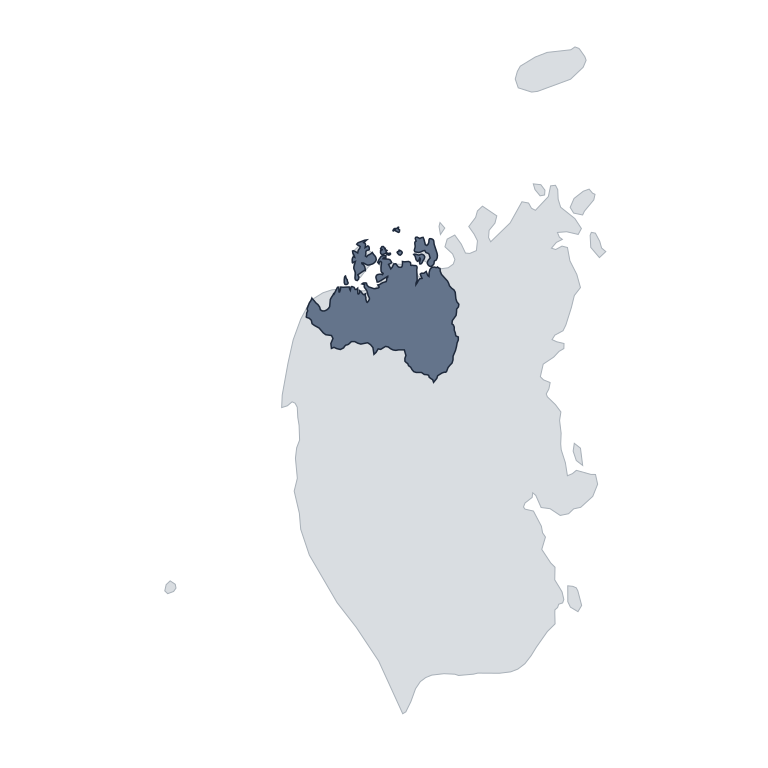 location of South Gyeongsang within South Korea, rotated 178°
{"feature_id": "KOR-2505", "entity_name": "South Gyeongsang", "entity_type": "Province", "adm_level": 1, "iso_a3": "KOR", "parent_name": "South Korea", "parent_adm1": "", "projection": "equal_earth", "projection_center": [128.367, 35.249], "detail": "fine", "context": "in_parent", "style": "filled", "palette": "slate", "viewbox_px": 768, "rotation_deg": 178, "n_neighbors": 0, "source": "natural_earth", "source_scale": "10m", "svg_char_len": 9354}
<svg xmlns="http://www.w3.org/2000/svg" viewBox="0 0 768 768"><g transform="rotate(178 384 384)"><path d="M218.3,154.6L221.1,152.3L221.3,149.0L221.4,138.3L229.4,130.9L240.9,115.7L246.5,107.3L252.9,99.6L260.2,94.4L267.4,91.9L278.7,90.9L300.4,91.8L304.6,90.9L319.7,90.1L323.3,91.5L334.2,92.4L346.4,91.4L352.5,89.2L358.1,85.3L363.1,78.4L368.2,65.7L373.6,55.6L376.8,53.8L399.0,107.3L420.3,141.9L438.5,167.1L464.6,215.7L472.3,241.7L473.1,257.8L477.5,280.1L473.9,292.8L475.1,312.9L473.5,323.3L470.3,330.9L470.3,345.6L471.3,353.4L471.5,363.8L473.5,367.9L476.5,369.4L481.3,365.6L487.1,364.0L486.1,376.5L479.2,408.3L473.2,431.4L465.0,451.6L454.4,470.1L441.8,477.3L432.8,479.9L415.8,480.8L401.6,477.7L389.4,480.0L384.6,483.8L380.9,490.4L383.6,500.7L383.3,508.3L378.1,507.7L367.7,503.3L356.3,502.7L350.9,500.5L345.5,489.7L340.0,490.1L330.4,496.5L315.8,497.9L310.6,501.4L308.8,505.9L310.9,511.6L318.3,519.0L315.8,526.6L308.1,530.4L301.9,521.1L298.0,512.0L293.7,511.5L287.0,514.1L285.6,523.9L288.7,530.6L293.8,538.4L286.6,547.3L284.6,553.7L279.4,558.3L265.4,548.1L267.5,540.9L273.6,533.9L274.4,526.7L272.4,522.4L252.3,540.6L239.8,561.3L233.2,559.8L230.5,554.5L226.6,552.3L213.2,565.6L210.6,576.2L205.7,576.6L203.6,572.2L203.5,562.6L201.3,554.5L187.5,542.7L181.3,532.5L184.7,526.7L196.2,529.8L205.4,529.4L203.6,524.6L200.7,522.3L206.8,519.5L211.9,513.9L207.7,512.4L201.3,515.6L195.9,514.0L193.9,500.6L187.5,486.8L184.3,473.5L190.7,465.8L194.1,453.8L200.2,436.6L203.2,431.0L211.5,426.9L214.5,422.5L210.0,420.2L202.7,418.2L203.0,413.2L207.9,410.5L213.4,405.0L224.2,398.3L227.5,385.8L224.5,382.6L217.9,379.6L219.4,373.3L222.2,368.4L221.2,365.5L213.4,357.4L208.2,349.9L209.8,341.5L208.7,328.7L209.5,317.9L209.2,312.1L205.5,299.0L203.9,285.9L198.9,287.8L194.8,291.0L180.3,286.4L175.8,286.2L174.0,276.4L179.3,264.4L191.7,253.9L198.8,252.6L204.1,247.9L212.5,246.5L222.4,253.6L231.3,255.1L236.2,267.4L239.2,270.1L239.9,265.5L247.2,260.2L248.9,256.2L247.4,254.0L239.1,251.8L231.7,236.4L230.7,229.7L228.0,225.4L232.1,213.2L223.6,199.3L219.5,194.9L220.2,182.3L215.7,174.4L213.3,170.0L211.8,162.4L213.1,159.0L217.1,157.8L218.3,154.6ZM185.6,711.5L181.4,714.2L177.5,712.6L176.5,711.3L171.9,704.2L170.7,700.5L173.9,693.6L186.9,682.1L220.3,671.1L226.3,670.6L239.5,675.3L242.2,684.2L239.8,691.8L236.7,696.9L221.4,705.5L209.4,709.7L185.6,711.5ZM410.8,517.1L402.0,524.7L390.3,514.5L387.5,508.9L396.4,500.7L404.0,491.3L409.0,490.7L410.8,517.1ZM348.2,516.2L347.2,528.2L340.6,528.8L336.8,521.0L332.6,524.8L330.4,524.9L327.2,515.3L326.6,507.8L334.3,502.0L339.0,505.5L345.7,507.2L348.2,516.2ZM178.1,569.7L172.2,571.6L168.9,567.4L166.5,566.2L167.9,560.7L177.7,549.7L179.6,546.0L188.5,548.2L191.8,554.0L187.6,562.8L178.1,569.7ZM207.9,160.0L207.4,175.9L202.4,175.2L199.0,173.6L197.5,170.5L194.2,155.8L198.1,149.7L205.5,154.5L207.9,160.0ZM172.8,525.4L171.5,528.3L167.5,527.4L163.4,519.0L161.8,512.3L157.7,508.6L164.3,502.8L172.6,513.3L172.8,525.4ZM197.3,310.3L195.9,318.1L189.9,313.0L188.3,295.7L194.5,300.8L197.3,310.3ZM608.7,191.1L604.6,194.7L599.6,191.1L599.0,187.3L601.5,184.0L607.5,182.0L610.3,184.9L608.7,191.1ZM226.3,573.0L227.8,578.8L220.3,577.7L216.4,572.1L216.9,567.3L221.4,566.6L226.3,573.0ZM323.5,539.6L322.4,543.4L317.8,537.7L322.4,531.4L323.5,539.6Z" fill="#d9dde1" stroke="#a8b0b8" stroke-width="1"/><path d="M431.2,476.0L430.8,475.6L427.1,482.3L425.8,482.4L425.8,477.6L425.2,477.5L424.4,479.4L423.8,482.4L421.5,482.1L415.4,482.2L415.0,479.9L414.4,478.7L413.6,482.1L412.7,482.6L410.5,481.6L409.5,479.5L408.4,479.4L407.0,480.6L407.0,475.2L406.6,474.8L405.8,475.1L405.1,476.3L405.1,478.1L403.6,476.9L402.5,475.1L401.2,474.0L399.3,474.8L399.7,473.1L399.0,470.6L399.3,469.7L398.4,466.5L397.9,466.1L396.8,467.2L395.6,469.2L395.6,470.5L396.8,473.1L397.5,476.4L397.8,477.5L398.6,479.0L400.2,481.2L400.4,482.4L400.0,484.0L402.5,484.8L401.7,485.4L400.9,485.7L399.0,485.7L398.0,485.4L397.4,483.2L395.9,481.6L390.9,479.7L389.5,479.6L386.4,480.2L385.6,480.7L385.6,481.5L386.7,483.2L385.0,483.5L381.8,485.3L378.2,486.3L377.7,487.9L377.5,489.6L376.5,490.7L376.5,491.5L385.8,486.2L387.3,486.1L387.7,488.2L388.2,489.8L388.4,491.2L387.7,492.9L386.5,493.6L384.7,493.9L382.9,493.8L381.7,493.3L381.0,494.5L381.5,495.1L382.3,495.6L382.9,496.6L383.0,497.3L382.9,500.7L382.2,505.8L383.1,506.7L383.9,506.4L384.5,505.4L384.8,504.2L386.1,505.8L384.8,508.3L382.5,511.6L380.4,512.3L377.6,512.1L377.7,510.2L380.2,510.0L380.7,509.2L374.9,508.5L373.7,508.0L372.4,506.0L372.2,505.0L373.1,504.3L375.3,503.4L373.2,498.8L371.7,500.4L370.1,503.6L368.0,503.8L366.0,500.9L365.0,500.2L362.9,500.0L362.0,500.6L361.5,502.1L361.3,503.9L361.3,505.8L359.4,505.4L355.1,505.6L353.4,504.6L353.2,503.9L353.1,501.7L352.6,501.5L351.6,501.7L350.3,501.4L348.1,501.2L347.3,500.7L346.9,499.8L346.9,498.8L347.3,497.1L347.2,488.0L347.3,486.5L348.5,483.7L348.6,482.2L347.2,484.1L346.0,486.3L344.5,488.0L342.3,488.2L344.0,492.5L342.8,493.4L340.3,493.3L337.9,495.0L336.9,492.0L336.4,490.8L335.3,489.9L335.0,493.9L334.0,497.0L332.1,498.9L329.6,499.1L327.8,498.5L327.0,498.6L326.5,499.1L325.1,497.9L324.1,497.6L323.9,497.1L323.9,494.8L322.7,491.5L316.9,484.6L315.9,482.4L315.1,479.8L313.1,477.4L310.8,475.6L309.6,473.2L309.2,466.7L308.3,463.6L306.4,461.1L306.9,458.5L308.8,456.3L309.0,453.3L309.6,450.0L313.5,445.0L314.0,441.7L312.7,440.7L311.8,438.4L311.9,435.3L310.9,432.4L310.8,430.9L310.4,429.5L308.1,428.4L308.2,425.4L309.5,422.5L310.3,418.7L311.4,415.0L314.0,409.4L314.2,405.7L315.3,402.5L317.4,400.5L319.4,398.2L321.1,394.2L322.0,393.6L323.3,393.7L325.6,393.0L330.1,390.4L331.0,387.8L334.4,383.9L335.2,386.6L337.0,387.8L338.7,389.3L338.8,390.2L339.2,391.2L340.7,391.8L343.4,392.1L346.1,394.2L351.4,394.4L353.8,395.3L355.5,397.4L356.8,399.9L358.8,401.4L359.6,403.6L361.0,404.6L362.3,406.1L362.2,409.0L361.1,411.7L362.5,417.4L368.2,417.6L371.0,417.2L373.7,417.7L376.2,419.0L378.5,420.9L381.2,421.5L386.1,418.7L388.6,419.3L390.9,415.8L393.0,414.0L393.8,420.8L396.1,423.8L399.0,425.8L405.8,424.7L408.8,425.7L411.7,427.4L415.1,427.5L418.1,424.9L419.5,424.4L420.8,424.2L422.1,423.0L423.1,421.5L426.4,420.0L430.0,421.0L432.7,422.4L435.3,421.4L435.7,426.3L433.4,431.3L434.8,434.3L440.5,435.3L442.9,437.2L446.9,442.2L451.6,445.0L453.8,446.8L454.4,450.2L456.4,452.3L459.1,453.3L459.4,453.7L459.0,455.3L458.8,457.6L457.7,459.7L458.2,461.4L458.2,462.1L455.7,467.8L454.1,469.9L453.1,472.3L452.9,471.9L451.0,469.8L449.3,467.5L447.2,465.6L445.6,463.1L445.0,460.4L443.2,459.2L440.9,459.1L438.7,460.0L436.9,461.4L435.6,463.2L434.7,470.4L433.4,472.6L432.0,474.5L431.2,476.0ZM411.5,508.4L411.4,509.9L410.9,511.4L410.1,512.3L408.9,511.7L409.4,513.4L410.6,516.1L410.8,518.0L410.1,518.3L408.5,517.7L405.7,515.9L405.1,518.5L403.5,520.6L403.0,522.2L404.1,523.1L405.6,523.8L406.4,524.7L405.0,526.1L398.3,528.4L396.2,528.6L399.4,526.0L398.1,525.4L397.6,524.3L397.7,522.8L398.1,521.0L395.3,522.6L394.4,522.0L394.0,520.6L394.0,519.1L394.6,518.5L396.9,518.0L397.6,516.6L397.6,514.7L398.1,512.5L396.9,511.7L395.9,513.0L392.6,514.6L391.1,515.9L390.1,514.1L388.7,512.5L387.7,510.8L387.4,508.4L388.0,507.0L389.2,505.7L390.6,504.7L391.8,504.2L395.3,503.4L396.2,503.4L397.7,504.1L400.2,505.6L401.9,505.8L401.9,505.0L400.2,503.8L399.2,501.9L398.8,499.9L398.7,497.9L399.9,498.1L406.4,494.0L405.3,491.8L405.8,489.6L407.2,488.3L408.8,489.0L409.2,490.0L409.3,491.2L408.7,495.8L408.7,496.5L410.1,500.3L410.1,501.9L409.7,503.3L408.3,507.5L410.2,506.8L411.1,506.1L411.4,506.4L411.5,508.4ZM348.6,515.1L349.1,516.5L348.8,517.7L348.3,519.0L348.0,520.6L348.3,523.1L348.2,524.6L347.7,525.2L346.9,525.7L347.7,528.2L347.3,529.4L345.9,529.7L343.1,528.1L341.3,529.0L339.8,529.2L338.9,526.8L337.9,521.8L336.4,520.9L335.2,521.9L334.3,523.9L334.0,526.5L333.4,527.6L332.1,527.6L330.7,527.1L329.9,526.5L329.3,525.4L329.0,521.8L326.4,512.8L326.1,510.6L326.4,508.4L327.4,506.2L328.1,505.7L328.9,505.5L329.4,505.1L329.9,502.4L330.4,501.6L331.9,500.4L333.1,499.7L334.5,500.2L335.7,501.4L336.5,502.9L336.3,504.5L335.5,506.1L333.4,508.4L333.8,509.3L334.2,511.4L334.7,512.5L335.5,513.1L337.5,513.9L338.6,516.0L340.4,515.7L342.7,514.7L344.8,514.2L348.6,515.1ZM348.4,510.5L349.8,512.5L348.8,512.8L344.6,511.6L342.3,512.4L341.0,512.2L339.6,511.3L338.8,509.6L339.4,507.7L340.7,505.9L341.5,504.2L342.4,503.0L343.8,502.6L344.3,503.9L343.3,507.3L343.4,508.4L343.9,508.8L344.4,507.4L345.5,505.6L346.4,505.4L346.7,506.3L347.6,507.0L348.4,510.5ZM377.9,514.4L380.2,513.6L381.8,513.5L382.7,514.5L383.0,516.1L382.5,517.1L382.8,517.6L382.4,518.4L381.5,518.0L381.1,518.2L381.1,518.5L381.9,518.7L382.7,519.4L381.3,521.4L379.8,521.4L379.1,520.5L378.8,519.5L378.0,519.5L378.2,518.7L377.9,517.9L376.7,517.7L376.3,517.3L377.2,516.6L377.3,515.6L376.5,514.9L374.8,514.2L373.7,514.6L373.1,514.5L372.9,513.7L373.6,512.9L374.7,512.6L376.2,513.2L377.9,514.4ZM420.1,489.7L419.7,492.2L419.1,493.1L418.7,493.3L418.0,490.6L417.3,489.8L417.0,489.2L417.1,488.3L416.3,486.3L416.6,485.5L417.6,484.8L418.6,484.7L419.6,485.0L420.2,486.6L420.1,489.7ZM369.4,536.6L369.7,536.9L369.5,537.5L368.6,538.7L368.2,539.0L366.0,539.0L365.0,539.6L364.6,540.1L364.0,540.2L363.9,539.7L364.3,538.9L364.2,538.3L363.0,537.4L363.3,535.6L363.7,535.2L364.3,535.0L367.3,536.7L367.3,537.5L367.7,537.6L369.4,536.6ZM364.4,512.5L365.8,514.1L366.3,515.1L365.9,515.8L364.9,515.8L364.4,516.0L364.5,516.9L364.2,517.3L362.8,516.7L361.8,515.9L361.2,515.0L361.3,514.3L362.0,513.2L363.2,512.2L364.4,512.5Z" fill="#64748b" stroke="#1e293b" stroke-width="1.5"/></g></svg>